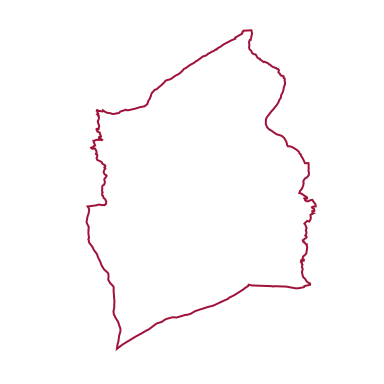 Dobresti, Arges, Romania (Natural Earth projection), rotated 158°
{"feature_id": "2599482B48483395100218", "entity_name": "Dobresti", "entity_type": "district", "adm_level": 2, "iso_a3": "ROU", "parent_name": "Romania", "parent_adm1": "Arges", "projection": "natural_earth1", "projection_center": [25.137, 44.956], "detail": "fine", "context": "isolated", "style": "outline", "palette": "rose", "viewbox_px": 384, "rotation_deg": 158, "n_neighbors": 0, "source": "geoboundaries", "source_scale": "gbopen_adm2", "svg_char_len": 5939}
<svg xmlns="http://www.w3.org/2000/svg" viewBox="0 0 384 384"><g transform="rotate(158 192 192)"><path d="M151.1,309.3L153.4,309.1L155.4,308.0L158.4,306.8L161.0,306.2L163.4,306.1L166.0,305.6L168.0,304.9L170.7,304.7L173.8,305.2L175.3,304.9L176.5,304.1L180.1,302.6L182.7,301.8L186.4,300.5L188.1,300.7L189.0,300.5L189.8,299.9L191.7,299.1L192.9,298.1L195.0,295.5L195.3,295.4L196.3,294.2L198.2,293.1L199.5,291.3L200.2,290.8L200.5,290.2L203.2,289.5L203.7,289.2L208.9,290.2L213.0,290.5L220.1,291.6L221.8,292.2L222.6,293.1L224.5,293.1L226.8,293.4L228.5,293.4L229.8,292.7L230.7,292.7L233.1,293.3L234.8,293.5L236.6,294.2L238.1,295.6L240.6,297.0L242.1,298.3L243.9,300.9L244.1,300.4L244.9,300.2L246.6,301.4L248.2,302.1L248.6,302.5L248.8,303.1L249.4,303.5L249.9,302.9L249.6,302.6L249.2,301.8L249.7,301.3L250.1,300.8L250.0,300.4L249.6,299.7L249.7,299.4L250.4,299.3L250.2,299.1L250.5,298.6L250.3,298.3L249.9,298.2L249.9,297.7L250.4,297.2L250.2,296.8L250.2,296.1L251.6,293.9L252.9,292.9L253.1,291.2L253.3,290.7L253.2,288.8L253.4,287.9L255.2,285.1L255.5,285.1L256.2,286.1L256.7,286.2L257.1,286.0L257.1,285.8L256.9,284.6L257.1,283.8L257.0,283.3L255.2,281.6L255.7,280.1L255.5,279.6L255.6,278.3L255.6,277.5L255.9,277.3L256.3,277.3L257.3,277.8L257.6,277.7L258.0,277.0L256.2,274.8L255.8,274.0L256.3,273.9L256.9,274.5L258.2,275.1L259.2,275.3L259.7,275.7L261.0,276.1L263.0,276.1L264.2,276.4L264.4,274.3L264.4,271.4L265.9,271.3L267.5,270.7L268.9,270.8L268.6,269.8L268.2,269.4L267.2,269.1L266.1,269.0L265.6,268.6L265.4,268.0L265.6,267.1L265.3,266.1L265.5,264.7L265.6,264.4L266.9,263.3L266.9,263.1L266.1,262.6L265.9,262.2L265.9,261.9L266.9,259.9L267.7,259.4L267.8,259.1L267.9,258.2L267.8,257.2L264.7,253.9L264.5,253.4L264.5,252.2L264.3,251.4L262.8,249.7L262.5,248.7L262.8,248.3L263.8,247.9L264.1,247.5L263.5,247.0L263.4,246.4L265.6,244.8L266.5,243.5L266.5,242.0L266.3,241.0L265.9,240.4L265.3,239.9L265.1,239.3L265.1,238.9L266.7,237.8L268.3,237.0L268.7,236.2L269.1,233.7L269.3,233.4L270.7,231.7L272.0,231.5L272.7,231.2L273.5,230.2L274.1,228.3L275.0,226.9L275.0,225.9L275.2,225.6L275.1,225.3L275.1,224.9L275.9,224.3L276.5,222.7L276.4,222.4L275.9,221.7L276.1,221.0L276.1,219.6L275.9,219.0L275.2,218.0L275.1,217.4L275.3,216.3L275.0,215.6L275.1,215.0L275.7,214.2L276.0,213.4L277.7,212.6L277.8,212.9L278.9,213.0L280.2,213.4L282.7,215.1L284.0,215.4L285.4,215.4L294.2,217.7L293.8,215.3L293.9,214.2L295.8,211.0L298.1,208.3L300.6,204.4L301.1,203.5L301.1,201.5L300.8,198.1L302.1,196.0L302.4,194.8L303.1,193.7L304.1,190.6L304.5,188.5L304.7,188.0L305.8,187.1L305.8,185.7L306.1,184.9L306.3,183.4L305.0,179.0L304.8,177.1L304.7,174.8L304.1,172.9L303.4,169.9L303.6,166.6L303.2,162.0L303.3,158.5L303.2,156.6L302.8,155.2L302.7,153.6L302.1,152.2L300.4,148.8L300.2,147.6L300.7,145.9L301.2,144.4L302.0,143.2L302.5,142.0L302.0,138.2L300.5,134.6L300.3,133.9L300.4,132.7L301.8,129.5L305.0,119.3L306.1,117.2L307.3,114.1L309.5,110.8L310.3,107.9L310.3,107.4L310.0,105.8L310.1,104.6L309.3,100.2L309.2,98.5L309.5,94.8L309.5,93.3L309.7,91.6L310.8,89.3L313.5,85.9L316.4,80.7L318.2,78.5L320.4,74.7L313.5,76.6L298.2,79.1L291.0,79.9L286.8,80.6L283.6,80.8L274.9,83.1L273.5,83.3L268.7,82.9L265.4,83.7L263.4,83.9L257.3,83.2L254.4,82.0L253.4,81.4L243.8,80.5L243.1,80.0L238.8,79.6L233.6,80.4L221.0,79.5L214.8,78.7L203.9,79.3L198.5,79.4L198.0,79.8L197.2,80.1L191.5,80.5L181.6,82.3L178.0,83.3L175.2,83.8L174.8,84.4L174.1,84.8L172.4,83.5L170.1,82.3L153.1,74.7L152.8,74.3L149.7,73.3L139.9,68.9L131.9,63.8L129.5,62.9L124.9,62.0L123.4,62.0L123.0,62.7L117.3,61.7L116.8,62.9L118.8,65.2L119.1,66.0L119.8,69.5L120.8,71.4L120.6,73.4L120.1,76.6L118.5,78.6L118.2,79.3L118.1,80.1L118.3,81.0L117.6,82.2L116.8,83.2L117.1,83.9L116.7,84.6L116.7,85.4L117.3,86.1L116.7,86.9L116.6,87.5L114.2,86.4L113.6,87.4L114.9,88.4L114.2,89.1L113.3,90.5L110.1,91.6L109.0,92.3L105.9,97.5L105.8,98.9L105.1,100.4L105.9,100.8L106.7,103.5L107.4,103.7L107.4,105.7L106.6,105.6L105.4,106.4L103.6,106.6L102.5,107.3L102.6,108.1L103.3,109.2L102.0,110.1L101.0,111.6L100.8,112.6L100.9,113.5L100.2,114.6L99.3,115.5L99.2,119.9L99.6,120.5L98.1,121.3L95.9,122.0L94.5,120.7L92.8,121.8L91.6,123.3L90.7,126.5L87.3,126.7L88.2,127.5L87.6,129.2L85.7,128.6L85.1,130.3L86.4,131.9L86.5,132.9L85.4,133.1L82.7,132.3L82.1,134.2L83.2,138.4L83.3,139.6L85.0,140.0L87.8,139.9L89.2,140.5L89.6,141.0L90.2,141.9L90.0,143.5L90.2,144.0L89.9,144.0L89.3,143.8L88.1,142.8L87.7,142.8L87.4,143.9L88.3,145.5L89.0,146.2L90.6,148.8L91.2,149.6L92.9,150.8L91.5,152.4L88.8,153.9L86.5,156.3L85.1,158.5L85.0,159.0L85.1,159.7L83.8,161.2L81.9,162.3L80.1,162.5L79.2,162.8L77.3,164.0L76.7,165.1L75.8,168.6L74.8,170.5L74.6,171.4L73.7,173.4L73.2,175.2L76.4,176.3L76.7,181.4L77.3,184.9L77.1,186.3L77.8,187.1L77.9,189.4L78.3,190.0L78.6,190.9L79.2,192.0L82.0,195.8L83.8,197.5L85.9,198.4L86.2,199.4L85.7,203.2L86.3,207.6L87.8,210.5L92.1,214.0L95.5,219.3L96.5,220.4L97.5,222.3L98.1,224.0L98.1,227.5L96.1,231.8L94.4,233.4L92.7,234.3L87.9,237.2L85.8,238.1L80.8,240.9L78.0,243.0L76.5,244.7L74.7,245.8L74.2,246.4L73.7,247.0L73.5,247.7L73.0,248.4L71.2,249.9L70.1,251.0L69.0,252.4L67.6,254.7L65.4,257.1L64.7,258.7L64.5,260.2L63.9,261.5L63.6,262.7L64.3,263.3L64.3,263.9L63.7,264.9L64.9,266.1L65.8,266.5L66.2,267.5L66.2,268.8L66.8,269.8L67.0,270.6L66.6,271.4L65.8,272.2L66.0,273.6L67.2,274.5L67.4,275.3L69.8,277.3L70.7,278.4L71.6,279.8L71.7,280.6L72.7,281.5L73.5,283.3L74.5,284.0L75.7,285.5L76.9,285.6L78.1,287.7L79.3,289.3L79.1,290.1L80.4,291.0L81.2,292.9L81.2,294.0L81.5,295.6L83.3,296.9L84.2,298.4L84.2,300.7L84.8,301.8L85.2,303.0L84.8,305.1L83.9,306.3L83.0,309.6L81.5,311.3L80.7,311.0L76.8,316.6L76.8,317.0L76.4,319.7L84.0,322.3L84.5,321.5L85.4,321.4L86.3,320.0L94.1,319.0L94.4,317.9L98.2,317.9L106.6,317.1L109.0,316.6L111.2,316.0L114.4,315.7L115.1,315.4L115.3,314.9L115.9,314.9L116.8,315.3L118.3,314.7L121.7,314.6L122.7,314.3L125.2,314.2L125.7,313.9L128.0,313.3L131.5,313.6L133.6,312.9L138.1,311.8L139.4,311.7L141.8,311.0L146.2,310.5L151.1,309.3Z" fill="none" stroke="#9f1239" stroke-width="2"/></g></svg>